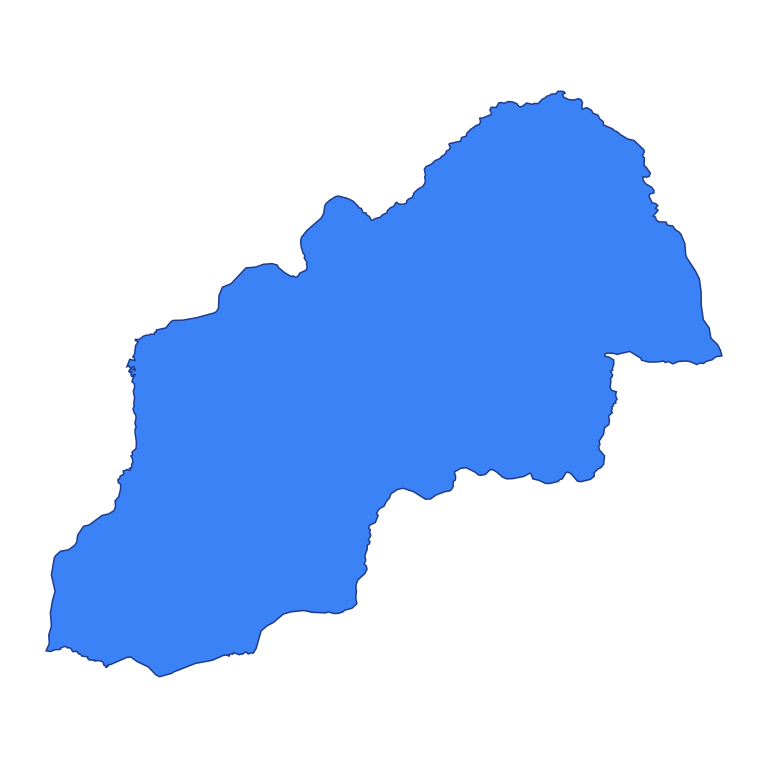 Lom Kao, Phetchabun, Thailand (Mercator projection)
{"feature_id": "78962969B1272323537796", "entity_name": "Lom Kao", "entity_type": "district", "adm_level": 2, "iso_a3": "THA", "parent_name": "Thailand", "parent_adm1": "Phetchabun", "projection": "mercator", "projection_center": [101.252, 16.992], "detail": "fine", "context": "isolated", "style": "filled", "palette": "blue", "viewbox_px": 768, "rotation_deg": 0, "n_neighbors": 0, "source": "geoboundaries", "source_scale": "gbopen_adm2", "svg_char_len": 6064}
<svg xmlns="http://www.w3.org/2000/svg" viewBox="0 0 768 768"><path d="M83.5,526.3L77.7,535.0L76.8,541.9L74.9,545.1L68.5,549.8L60.5,551.2L55.6,555.7L54.3,557.7L51.4,575.1L55.1,591.2L52.5,600.5L50.4,613.0L51.4,625.9L48.8,635.0L49.3,643.6L46.1,650.8L50.7,651.5L55.0,649.7L60.3,649.4L61.1,647.8L64.2,646.5L66.7,646.9L67.3,647.9L69.3,647.7L71.3,648.9L72.5,651.5L77.3,651.5L78.3,653.6L81.1,654.8L81.7,656.0L87.6,656.9L87.8,658.6L89.3,660.0L91.2,659.7L92.6,660.4L94.3,659.8L94.9,661.1L97.8,660.5L102.1,661.4L103.5,663.1L103.8,665.1L106.1,665.9L105.5,666.9L106.2,667.4L108.1,666.0L107.8,665.1L108.5,664.7L110.3,664.6L127.1,657.3L131.0,657.1L137.0,661.5L148.2,666.9L156.2,675.1L159.7,676.7L171.8,673.3L173.6,672.0L195.4,663.4L212.2,660.3L223.8,655.2L226.9,655.1L228.8,656.1L229.5,655.7L229.0,654.7L230.8,653.8L232.7,654.2L233.5,652.7L239.4,654.7L241.0,653.9L242.1,654.3L245.3,652.2L246.9,652.4L248.1,654.0L251.5,652.8L253.2,653.2L256.2,648.4L261.1,630.9L266.8,626.0L273.6,622.3L283.2,614.1L291.1,611.8L303.9,610.5L312.0,612.3L325.3,612.9L328.9,611.9L333.4,613.5L338.1,613.4L342.3,612.2L345.0,610.1L351.9,608.3L356.9,603.7L355.8,598.1L356.4,591.6L355.9,585.9L357.6,580.2L365.0,573.4L367.0,569.2L366.3,565.9L364.2,564.1L365.7,560.1L364.9,555.6L367.2,549.3L367.2,545.3L369.4,543.8L369.9,541.8L368.3,539.4L370.5,536.4L370.7,534.6L369.5,532.5L370.4,529.7L368.7,528.5L369.4,525.4L375.4,522.4L378.1,515.5L376.6,513.7L378.2,510.2L379.9,508.4L384.0,506.2L386.2,501.7L389.3,498.2L391.1,493.6L397.6,489.4L403.2,488.2L414.0,491.9L425.3,499.1L430.5,499.0L436.2,494.9L445.1,491.6L449.6,490.9L451.5,489.5L453.2,486.3L453.2,481.8L455.4,479.9L455.6,475.7L454.5,473.3L454.8,471.7L460.8,468.3L466.2,467.7L474.9,472.0L478.2,474.8L480.4,475.4L485.4,474.4L490.0,469.8L492.6,469.7L496.5,471.9L502.6,477.2L506.6,478.8L512.2,478.7L523.6,476.5L529.8,473.2L531.1,474.0L532.8,478.8L539.1,480.4L545.6,483.4L549.8,483.5L558.2,481.4L560.2,479.3L562.3,478.9L566.1,472.5L567.6,472.0L571.1,473.7L577.4,481.1L580.8,481.7L590.3,479.4L594.3,476.2L594.0,472.9L598.1,468.9L600.8,467.7L603.6,464.3L604.6,455.9L599.3,449.8L598.7,446.4L599.9,444.7L599.2,441.0L603.5,434.4L604.6,427.7L608.8,424.5L609.5,420.3L608.6,417.2L609.4,415.1L612.4,412.6L611.2,410.7L612.2,409.0L611.6,407.7L613.0,406.1L613.6,403.8L615.9,402.9L615.5,401.0L617.0,399.3L615.5,395.2L616.3,391.8L611.5,390.3L610.1,387.5L610.9,381.1L610.4,378.3L611.8,377.3L612.6,374.9L610.4,371.3L612.7,370.3L612.4,368.5L613.8,364.3L613.7,360.0L609.4,357.3L604.8,356.1L605.1,354.1L606.3,353.2L608.9,353.2L613.5,353.3L617.0,354.4L629.8,351.4L640.7,358.1L641.5,360.1L648.8,362.1L658.2,361.9L663.6,361.0L665.2,362.5L668.3,361.6L673.0,363.9L678.2,361.5L685.3,361.0L690.4,361.7L696.8,364.5L700.0,363.0L703.5,363.5L706.3,361.3L712.1,359.8L715.7,356.8L721.9,355.9L720.4,350.3L717.7,344.8L710.9,338.1L709.2,328.0L703.3,319.7L701.3,305.3L701.1,292.1L699.4,279.0L695.5,271.1L686.6,257.5L685.6,254.0L684.9,243.9L681.3,234.9L679.3,232.3L675.2,229.5L672.8,226.0L667.5,225.2L666.0,222.1L658.8,221.8L656.3,219.9L655.5,217.1L653.1,216.1L657.9,210.7L657.8,209.6L655.4,208.5L657.8,205.5L655.6,203.6L652.2,202.8L648.9,196.1L649.8,194.1L654.0,192.8L653.9,190.4L651.8,187.4L645.6,183.7L643.2,180.2L642.8,176.8L646.5,177.2L649.1,176.4L650.3,173.2L646.1,167.1L644.1,165.7L644.4,157.7L642.4,155.9L644.3,151.9L643.8,149.8L634.0,140.5L627.5,138.9L620.7,134.8L617.0,131.7L614.6,130.9L612.6,128.9L603.5,124.9L603.2,121.7L599.7,118.8L597.9,115.1L593.2,113.4L591.3,110.1L586.7,107.6L582.5,109.1L581.8,107.5L582.5,102.5L581.0,99.7L578.5,98.7L573.6,100.0L568.9,99.6L563.9,97.3L562.6,94.8L563.1,93.8L565.0,93.4L564.4,92.1L562.5,91.3L557.9,91.3L555.8,93.8L551.2,94.1L549.9,95.3L546.5,96.3L545.5,97.6L542.1,99.4L538.3,103.5L533.8,103.5L532.5,104.4L526.7,103.0L521.9,106.6L519.1,106.7L516.8,103.6L512.3,101.9L508.2,101.5L504.3,103.3L501.0,102.5L498.7,102.9L496.4,107.4L491.2,107.3L489.9,110.1L491.5,113.3L491.0,114.6L482.5,118.0L479.7,118.2L480.6,121.8L479.3,124.5L476.3,125.4L470.7,129.4L467.1,132.8L466.1,136.2L461.6,137.5L460.6,141.1L449.4,143.6L449.0,144.3L450.2,147.4L449.4,149.5L446.4,151.0L446.1,152.7L443.9,155.2L441.5,156.4L440.2,158.4L435.1,160.6L431.3,164.3L425.9,166.7L424.3,169.3L425.5,174.8L424.6,177.2L425.4,180.4L424.9,183.2L422.8,186.4L418.3,188.9L414.1,192.7L412.4,197.3L408.3,199.2L406.8,200.9L406.6,202.9L404.1,204.1L400.7,204.3L398.1,203.6L396.8,202.3L395.7,202.8L394.0,206.0L390.0,208.1L387.3,210.8L387.1,212.7L382.5,214.8L380.4,217.2L374.8,218.7L373.0,220.2L371.5,220.2L369.3,216.5L366.5,214.8L366.2,213.1L363.0,212.6L361.4,208.5L358.8,207.7L357.8,205.9L352.8,201.0L347.7,198.5L338.4,196.0L335.4,196.7L329.6,200.4L326.1,203.5L324.8,205.8L323.7,213.4L321.2,218.1L306.9,230.5L301.5,237.3L300.6,241.0L301.2,247.0L303.1,253.2L304.9,255.4L304.2,257.9L307.0,262.4L306.5,264.6L307.2,266.1L306.5,269.9L299.8,273.1L297.7,276.4L295.6,277.4L293.3,275.9L291.1,276.4L284.8,272.8L278.7,267.8L277.2,265.1L272.2,263.6L263.3,264.3L256.2,267.0L246.0,267.9L231.1,283.7L222.4,287.2L219.0,295.5L218.5,308.1L216.4,311.6L214.0,313.0L195.6,317.9L182.5,320.2L173.3,320.4L170.8,321.7L165.9,327.9L156.3,330.0L156.4,332.0L154.6,332.3L154.2,334.3L150.3,334.2L148.5,335.3L146.5,335.1L143.6,336.1L139.2,339.4L135.3,339.4L135.3,340.5L138.2,341.7L135.6,345.6L134.5,354.4L132.8,356.8L134.4,358.0L134.9,360.5L129.8,359.3L126.9,366.7L128.8,365.9L130.3,368.1L133.7,366.6L135.2,369.5L134.9,370.4L133.3,369.0L130.4,369.2L128.8,371.0L129.5,372.3L131.7,371.6L130.8,374.6L131.6,376.4L133.2,376.1L133.3,374.5L135.0,374.7L132.8,378.5L132.0,381.7L134.2,383.7L134.7,386.7L133.3,391.5L134.6,397.6L133.7,404.0L134.3,405.7L133.0,408.9L134.5,413.5L135.5,414.1L136.1,418.0L134.9,423.3L136.2,427.4L135.1,428.9L135.0,432.0L136.4,442.3L136.1,448.5L132.0,452.2L132.6,455.1L130.9,456.1L132.4,458.6L132.9,462.7L131.7,464.0L131.6,467.2L129.8,468.2L130.6,468.5L130.0,470.4L127.4,469.5L123.1,471.1L123.7,474.3L120.3,476.0L119.4,479.0L118.0,479.5L118.2,482.5L120.7,484.4L120.5,489.5L118.7,496.7L115.1,500.9L115.5,506.8L114.0,510.6L108.6,513.9L102.1,515.4L89.1,525.0L83.5,526.3Z" fill="#3b82f6" stroke="#1e3a8a" stroke-width="1.5"/></svg>